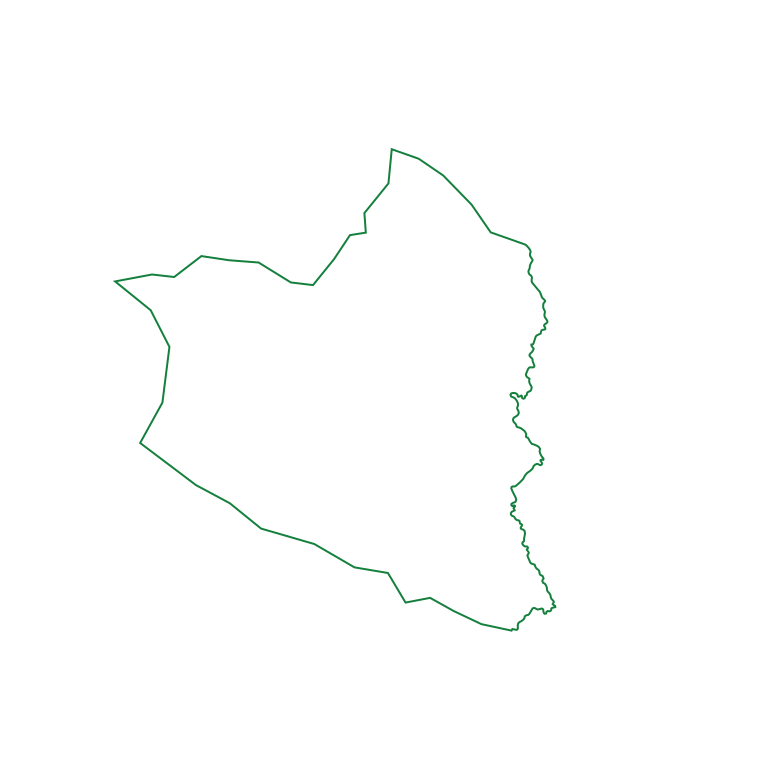 Asokwa Municipal, Ashanti, Ghana (Robinson projection), rotated 309°
{"feature_id": "2480657B91188187265148", "entity_name": "Asokwa Municipal", "entity_type": "district", "adm_level": 2, "iso_a3": "GHA", "parent_name": "Ghana", "parent_adm1": "Ashanti", "projection": "robinson", "projection_center": [-1.578, 6.646], "detail": "fine", "context": "isolated", "style": "outline", "palette": "green", "viewbox_px": 768, "rotation_deg": 309, "n_neighbors": 0, "source": "geoboundaries", "source_scale": "gbopen_adm2", "svg_char_len": 4858}
<svg xmlns="http://www.w3.org/2000/svg" viewBox="0 0 768 768"><g transform="rotate(309 384 384)"><path d="M581.3,406.2L569.0,371.5L578.5,339.2L583.3,298.8L580.9,269.2L571.3,242.3L542.7,261.2L504.5,261.2L490.2,274.6L478.3,263.9L449.6,266.6L416.2,266.6L404.3,247.7L399.5,210.1L382.8,185.9L368.5,161.6L335.1,153.6L323.1,134.8L294.5,110.5L294.5,156.3L277.8,193.9L230.1,223.5L184.7,231.6L187.1,301.5L194.3,339.2L194.3,379.5L215.8,430.6L222.9,476.4L239.6,506.0L227.7,538.3L246.8,554.4L251.5,581.3L258.7,610.9L272.6,638.3L274.4,638.0L275.1,639.5L275.8,640.7L276.5,641.9L278.1,642.0L280.0,640.4L281.4,639.3L282.8,638.9L284.1,639.1L286.2,640.0L287.4,640.3L288.7,640.6L290.3,640.5L291.3,640.0L292.1,639.6L293.9,640.2L295.4,641.4L296.9,641.6L299.9,641.2L302.9,640.7L304.2,641.3L304.9,642.6L305.1,644.1L305.5,645.4L307.5,647.0L308.2,647.4L308.8,647.9L309.1,648.9L308.6,650.0L307.4,651.2L306.6,652.5L306.6,653.5L307.1,653.9L307.6,654.4L309.3,653.7L310.5,654.0L311.4,655.6L312.6,656.3L313.8,656.1L314.7,655.4L315.7,655.5L318.4,657.5L319.3,656.6L319.0,655.2L319.1,653.6L320.3,653.4L321.5,653.2L322.1,651.8L322.4,649.2L323.4,647.6L324.4,646.6L325.3,644.8L325.8,641.6L326.6,640.3L327.4,639.5L328.2,638.8L329.3,636.9L329.8,635.7L330.0,634.3L329.6,632.9L330.5,631.0L331.8,630.5L333.2,630.5L334.5,628.3L334.4,627.0L334.0,625.9L334.4,624.5L334.9,623.7L335.7,623.3L336.4,622.0L336.7,621.0L336.6,619.4L336.8,617.7L337.5,616.2L338.4,614.8L337.2,611.5L337.2,610.2L337.9,608.9L340.4,604.2L341.2,603.2L342.8,603.1L343.9,602.8L344.5,601.6L344.9,600.0L345.3,599.1L346.3,599.1L347.3,599.1L347.7,598.2L347.7,597.3L346.5,595.9L346.3,593.9L346.9,592.0L347.7,591.6L348.5,591.3L349.1,591.6L350.1,591.6L350.9,591.1L351.8,590.2L352.8,589.7L353.8,589.2L356.5,587.7L358.2,585.9L358.5,584.4L358.3,583.4L357.8,582.3L357.7,581.3L358.3,580.7L359.1,580.5L360.8,580.3L361.5,579.7L361.5,578.6L361.2,577.7L361.5,577.1L361.9,576.6L362.9,575.3L362.7,574.4L361.9,572.9L361.8,571.4L362.2,570.1L362.7,569.0L362.5,567.7L362.1,566.2L362.5,564.7L363.4,563.9L364.2,563.8L365.0,563.7L366.8,564.5L368.0,565.1L369.0,562.9L371.1,562.9L371.7,562.5L371.5,561.4L370.0,560.8L369.9,560.1L369.9,559.4L371.0,558.5L373.1,559.2L374.9,560.3L376.3,560.1L377.3,559.6L378.7,557.6L380.1,554.4L381.6,551.1L382.3,549.8L383.1,548.5L384.2,548.0L385.2,548.3L385.8,549.1L386.6,550.0L387.6,550.5L388.4,550.7L391.1,551.2L392.9,551.5L394.8,551.7L398.2,551.9L400.2,551.4L402.4,551.1L404.7,551.2L408.7,552.3L411.7,552.7L414.5,551.9L415.4,552.1L416.4,552.2L418.1,553.1L418.7,554.2L419.2,556.4L420.0,557.1L420.8,557.2L421.6,557.0L422.3,555.9L422.8,553.9L423.6,553.6L424.5,554.2L425.3,555.5L426.1,555.2L426.5,554.6L426.9,552.3L428.1,549.4L428.8,548.4L429.5,547.4L431.8,546.1L432.5,544.0L432.4,543.3L432.3,541.9L431.6,539.3L431.1,538.0L430.5,536.6L431.0,534.3L431.7,532.4L432.5,530.6L432.8,529.4L432.2,528.2L432.8,527.1L433.6,526.7L434.6,526.1L435.2,524.8L435.6,523.8L435.9,522.8L435.9,521.2L435.8,518.6L435.3,516.7L434.5,514.8L434.3,514.0L435.3,512.6L435.7,512.0L436.2,508.5L437.1,507.0L438.3,506.3L439.5,506.1L440.9,506.6L441.7,506.9L442.5,507.2L444.3,507.5L446.1,507.1L447.4,505.8L448.1,504.4L448.5,503.2L449.2,502.5L450.0,502.2L451.6,501.7L453.3,500.2L454.4,498.2L455.0,496.2L455.3,494.3L454.8,492.3L454.3,490.7L455.3,489.0L456.7,488.8L458.3,489.9L459.5,491.8L459.9,493.1L459.7,494.5L458.6,495.9L458.7,496.6L460.0,497.3L461.4,498.0L461.3,498.8L460.2,499.7L460.1,500.5L460.3,501.6L461.3,502.2L462.1,502.1L463.3,501.3L464.2,501.7L465.3,501.9L466.8,500.9L468.1,500.9L469.1,501.3L470.3,501.9L471.3,502.2L472.4,501.9L474.4,500.8L475.1,499.6L475.9,497.4L476.8,495.8L478.1,494.6L479.5,493.9L479.6,492.8L479.4,490.8L480.0,489.1L480.8,488.2L481.7,487.9L486.1,486.6L487.9,486.5L489.0,487.1L489.8,488.3L491.2,489.8L492.4,489.7L493.1,489.0L494.4,486.7L495.4,485.0L496.4,484.2L496.8,483.5L497.4,479.7L497.9,478.9L498.6,478.7L499.4,478.5L502.3,478.9L504.6,478.5L505.6,478.1L506.1,476.0L506.5,474.6L507.4,473.7L508.0,474.3L508.6,474.8L510.3,474.4L516.2,472.1L517.5,472.1L518.6,472.4L520.6,473.5L521.9,474.0L522.8,473.4L524.0,472.9L524.9,472.7L526.0,473.2L527.0,474.2L528.0,474.8L528.8,474.3L529.4,473.5L529.6,472.5L530.1,471.6L531.3,471.3L532.8,471.8L534.5,472.1L535.5,471.6L536.1,470.5L536.5,469.2L536.8,468.0L537.4,466.5L538.7,465.1L540.1,464.4L541.2,463.7L541.8,463.2L542.6,461.4L543.5,459.7L544.8,458.7L545.7,457.9L547.1,457.2L548.3,457.2L549.6,457.2L550.2,456.5L550.4,455.0L550.5,453.7L550.7,452.2L552.3,449.7L553.8,446.8L554.0,445.2L555.9,436.0L556.2,434.8L557.1,433.8L558.2,432.9L559.5,432.3L560.4,431.2L560.8,430.1L560.7,428.4L561.0,427.2L561.6,426.3L562.4,425.4L563.7,424.8L565.2,424.5L566.4,423.9L567.6,423.0L569.0,422.5L570.8,422.1L573.3,421.8L573.9,421.4L574.4,420.3L574.6,419.3L575.1,418.0L575.5,416.9L577.0,415.5L578.9,414.9L579.5,414.1L580.1,413.2L580.8,410.8L581.2,408.3L581.3,406.2Z" fill="none" stroke="#15803d" stroke-width="2"/></g></svg>